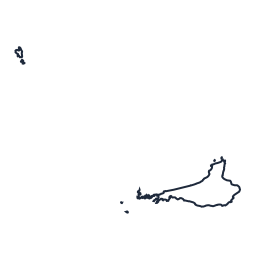 the district of Phu Quoc, Kiên Giang, Vietnam, rotated 88°
{"feature_id": "81297802B871478188231", "entity_name": "Phu Quoc", "entity_type": "district", "adm_level": 2, "iso_a3": "VNM", "parent_name": "Vietnam", "parent_adm1": "Kiên Giang", "projection": "mercator", "projection_center": [103.915, 9.853], "detail": "fine", "context": "isolated", "style": "outline", "palette": "slate", "viewbox_px": 256, "rotation_deg": 88, "n_neighbors": 0, "source": "geoboundaries", "source_scale": "gbopen_adm2", "svg_char_len": 5750}
<svg xmlns="http://www.w3.org/2000/svg" viewBox="0 0 256 256"><g transform="rotate(88 128 128)"><path d="M200.4,25.6L199.6,25.2L198.6,24.1L195.5,19.1L194.0,18.4L193.2,18.2L192.2,18.6L191.3,18.7L190.7,19.0L189.2,20.6L189.0,21.3L189.0,23.1L188.7,24.2L188.1,25.9L187.8,26.4L187.0,26.7L185.8,26.9L185.0,27.2L184.3,27.7L183.7,31.0L182.4,33.5L181.2,34.8L180.3,35.4L179.8,35.5L179.2,35.5L178.7,35.0L178.1,35.1L177.9,34.9L175.2,34.4L174.8,34.1L174.1,34.0L173.5,33.6L172.6,33.5L172.3,33.3L170.7,33.4L169.7,33.0L168.3,32.9L167.9,32.7L167.5,32.7L166.8,32.2L166.6,32.3L166.2,32.7L165.8,32.8L165.5,32.7L165.2,32.3L164.2,32.1L163.9,32.2L163.9,32.3L164.2,32.9L164.2,33.5L163.6,33.9L163.5,34.5L163.2,34.5L163.3,34.7L163.2,35.0L163.4,35.2L163.8,35.2L164.7,35.9L165.1,36.5L165.5,37.7L166.1,39.7L166.5,42.0L167.6,44.6L167.4,45.1L167.6,45.3L168.1,45.6L168.3,46.4L168.6,46.4L168.5,45.8L169.0,45.4L169.7,45.3L170.2,45.4L171.0,45.6L172.2,46.3L173.2,47.4L173.5,48.4L174.2,48.7L175.4,48.7L176.8,48.2L178.2,48.9L179.1,49.7L179.8,50.5L180.3,51.6L180.8,52.6L180.9,53.1L181.3,53.8L181.9,54.1L182.4,54.9L183.1,55.2L183.4,55.6L183.9,56.4L184.1,57.0L184.6,57.6L185.0,58.4L185.9,61.5L186.2,62.0L186.2,62.3L186.4,62.7L186.9,64.3L187.6,67.0L187.5,67.5L187.8,67.8L191.3,84.5L192.5,92.2L192.3,92.9L192.6,93.4L192.5,94.1L192.8,94.4L193.1,94.4L193.3,94.6L193.7,94.5L194.0,94.6L194.4,95.1L194.8,96.4L194.8,97.1L195.4,97.8L195.5,98.7L195.8,99.0L195.9,99.8L195.7,100.2L195.9,100.4L195.8,100.9L196.1,101.4L196.7,101.3L196.9,100.2L197.7,99.9L198.3,99.9L198.6,99.9L199.3,100.4L200.0,101.3L200.4,100.6L201.1,100.2L201.4,100.3L201.6,100.5L201.7,100.9L202.0,101.2L202.4,101.4L202.7,101.8L203.9,102.3L203.9,101.7L203.4,101.0L203.0,100.6L202.6,101.0L202.0,100.8L201.6,100.2L201.5,99.6L200.9,98.9L199.9,97.5L199.9,96.6L200.3,95.8L200.6,95.6L201.2,95.9L201.5,95.5L200.8,94.8L200.8,93.3L201.0,92.6L201.4,91.9L201.6,91.8L201.9,91.9L202.2,91.8L202.1,91.2L202.3,90.6L202.2,90.3L202.0,90.1L201.7,90.0L200.9,89.8L200.6,89.4L199.4,88.4L199.2,88.4L199.1,88.9L198.8,89.1L198.4,89.0L197.8,88.5L197.4,87.5L197.6,87.2L197.9,87.3L199.0,86.0L198.9,84.4L199.1,83.2L199.9,82.4L200.1,82.3L200.3,82.1L201.1,80.7L200.4,79.0L199.9,78.5L199.9,77.5L200.2,76.7L200.9,75.5L202.3,74.5L202.1,74.3L202.3,73.9L203.4,69.8L203.3,69.4L204.6,65.4L205.4,64.1L206.0,63.6L206.5,63.6L206.8,63.1L207.0,63.1L207.3,62.7L207.9,61.4L208.4,59.1L208.8,57.9L209.2,57.2L209.1,56.3L209.1,55.2L208.9,54.6L208.7,53.8L208.2,52.6L208.0,51.0L208.0,49.8L208.6,48.2L208.8,47.0L209.1,45.9L209.1,45.6L209.0,45.1L208.0,42.0L208.0,41.3L207.7,40.7L207.7,39.9L207.7,38.6L208.0,37.5L208.6,36.8L209.1,36.6L209.1,36.4L208.5,34.6L208.6,33.9L208.8,33.4L208.5,32.8L207.9,32.2L207.9,31.9L207.6,31.7L207.4,31.3L206.1,30.2L205.7,29.5L205.5,28.6L204.8,27.9L204.8,27.6L204.9,27.4L205.5,27.4L205.4,27.1L205.0,27.0L204.7,27.4L204.6,27.5L203.8,27.3L202.2,25.7L202.0,25.2L201.7,25.0L201.2,25.0L201.0,25.5L200.8,25.6L200.4,25.6ZM49.4,231.6L48.3,231.2L47.7,231.2L46.5,231.9L44.4,232.7L43.8,233.2L43.6,233.6L43.5,234.0L44.0,234.3L44.4,234.3L45.9,233.8L46.4,233.8L46.7,234.1L46.7,234.8L46.1,236.0L46.1,236.4L46.4,237.4L46.8,237.7L47.0,237.8L47.7,237.5L48.5,237.7L49.7,236.4L50.2,235.4L51.3,235.1L52.0,234.4L52.5,234.1L53.2,233.9L53.5,233.6L53.4,232.8L53.5,231.7L53.2,231.4L52.9,231.3L51.2,231.4L49.4,231.6ZM196.9,109.3L196.6,109.1L196.1,109.3L196.1,109.9L196.0,110.0L196.4,110.2L196.6,110.7L196.5,111.0L196.2,111.3L196.4,111.3L196.5,111.6L196.7,111.8L196.7,112.3L196.4,112.5L196.3,112.8L196.1,112.8L196.2,113.1L196.7,113.3L196.8,113.6L197.0,113.4L197.5,113.7L197.6,113.9L197.6,114.1L198.0,114.5L198.4,114.6L198.6,114.3L198.8,114.1L199.0,113.5L198.9,113.2L198.3,112.9L198.1,112.4L198.2,111.9L198.4,111.6L198.5,111.3L198.4,110.8L197.5,109.5L197.4,109.4L197.2,109.5L197.1,109.3L196.9,109.3ZM198.6,108.1L198.7,107.5L198.5,107.1L198.0,106.8L197.8,106.4L197.3,106.1L196.7,106.2L196.9,106.9L197.4,107.4L197.5,108.3L198.1,108.3L198.8,109.1L199.1,109.2L199.2,108.9L198.8,108.1L198.6,108.1ZM57.8,232.7L58.1,232.6L58.2,232.4L58.3,231.2L57.5,230.4L57.1,230.4L56.2,231.3L56.1,231.5L56.3,231.7L57.1,231.9L57.5,232.6L57.8,232.7ZM196.7,104.9L196.9,104.6L196.8,104.1L196.3,103.6L195.5,103.0L195.6,104.4L196.2,105.0L196.7,104.9ZM197.7,116.9L198.5,116.4L198.5,116.1L198.2,115.8L197.5,115.8L197.1,116.1L197.2,116.6L197.7,116.9ZM211.7,132.8L212.3,132.1L212.5,131.3L212.2,131.1L211.7,131.3L211.4,131.7L211.4,132.0L211.6,132.3L211.7,132.8ZM194.7,118.0L194.6,117.8L194.3,117.8L193.9,117.9L193.9,118.1L193.5,118.1L193.4,118.3L193.7,118.6L194.1,118.6L194.7,119.3L194.8,119.1L194.6,118.2L194.7,118.0ZM192.9,119.7L192.3,119.4L191.9,119.6L191.6,119.7L191.5,119.9L191.8,120.3L192.5,120.4L192.9,120.2L193.0,119.9L193.3,119.6L192.9,119.7ZM60.0,230.8L60.1,230.6L59.8,230.0L59.7,229.3L59.5,229.2L59.1,229.7L59.7,230.5L60.0,230.8ZM197.3,119.7L197.6,119.5L197.5,119.4L197.0,119.7L196.4,119.6L196.1,119.9L196.5,120.1L196.9,120.0L197.1,120.3L197.2,120.2L197.3,119.7ZM198.4,118.6L198.4,118.3L198.1,118.2L198.1,118.7L198.3,118.8L198.3,119.0L198.9,119.2L199.0,118.9L198.8,118.5L198.7,118.5L198.4,118.6ZM52.2,235.8L52.4,235.7L52.2,235.3L51.8,235.2L51.6,235.4L51.6,235.7L52.2,235.8ZM202.8,137.0L202.8,136.7L202.4,136.5L202.4,136.9L202.0,137.2L202.0,137.4L202.3,137.5L202.8,137.0ZM200.6,102.9L199.5,102.1L199.5,102.3L199.7,102.6L200.5,103.1L200.7,103.5L200.8,103.6L200.7,103.4L200.6,102.9ZM160.8,35.2L160.6,35.3L160.8,35.6L161.1,35.7L161.4,35.7L161.3,35.3L160.8,35.2ZM163.3,42.3L163.1,42.5L163.5,42.9L163.9,42.8L163.8,42.5L163.3,42.3ZM201.9,105.0L202.0,104.6L201.6,104.5L200.9,103.8L201.3,104.6L201.9,105.0ZM198.2,121.0L198.6,120.6L198.5,120.2L198.2,120.3L198.2,120.8L198.0,121.0L198.2,121.0ZM190.8,118.6L190.8,117.9L190.6,118.5L190.2,118.6L190.5,118.7L190.8,118.6Z" fill="none" stroke="#1e293b" stroke-width="2"/></g></svg>